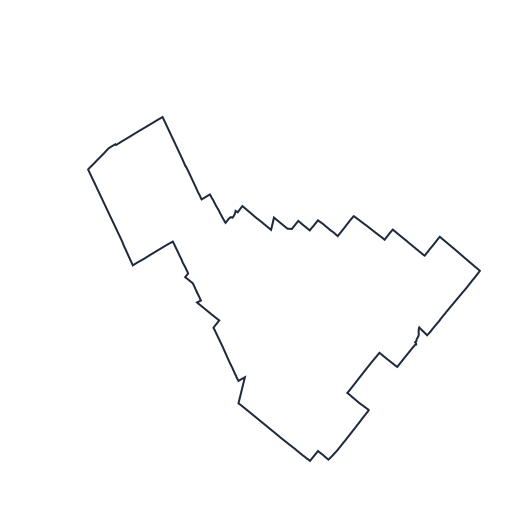 outline of Motatei, Dolj, Romania, rotated 128°
{"feature_id": "2599482B85441344014626", "entity_name": "Motatei", "entity_type": "district", "adm_level": 2, "iso_a3": "ROU", "parent_name": "Romania", "parent_adm1": "Dolj", "projection": "equal_earth", "projection_center": [23.194, 44.054], "detail": "fine", "context": "isolated", "style": "outline", "palette": "slate", "viewbox_px": 512, "rotation_deg": 128, "n_neighbors": 0, "source": "geoboundaries", "source_scale": "gbopen_adm2", "svg_char_len": 5907}
<svg xmlns="http://www.w3.org/2000/svg" viewBox="0 0 512 512"><g transform="rotate(128 256 256)"><path d="M291.1,441.6L291.5,441.0L294.0,435.9L295.9,432.3L297.5,428.9L299.1,425.8L313.2,397.8L317.0,390.2L327.3,369.7L328.9,367.2L329.2,366.4L330.0,365.1L330.9,363.2L334.4,356.6L338.0,349.6L339.2,347.3L334.5,345.6L332.1,344.6L329.5,343.5L326.3,342.2L323.2,341.1L319.6,339.8L315.0,338.0L313.1,337.3L302.4,333.2L300.5,332.4L295.8,330.4L295.9,330.0L296.3,329.4L296.7,328.6L296.8,328.3L298.8,324.3L299.1,323.8L299.9,322.0L300.0,321.9L300.4,321.1L300.5,321.0L300.7,320.4L301.0,319.9L302.0,317.9L302.6,316.7L303.0,316.0L303.4,315.1L303.5,314.9L303.6,314.7L304.6,312.6L304.7,312.3L305.0,311.8L305.6,311.0L306.0,310.2L306.4,309.5L307.5,306.9L307.9,306.0L308.5,304.7L308.9,303.8L309.5,302.7L310.1,301.5L310.7,300.2L311.2,299.4L311.3,299.3L311.4,299.0L311.6,298.7L316.3,298.8L316.3,297.3L316.3,296.2L316.3,295.2L316.3,294.6L316.4,290.9L316.4,289.0L318.3,285.2L318.6,284.5L318.8,284.3L319.7,282.6L320.1,281.7L320.4,281.5L320.4,281.3L320.7,280.5L321.0,279.8L321.3,279.7L321.3,279.4L322.1,277.8L323.1,275.7L324.3,273.5L324.6,272.9L324.8,272.4L325.0,272.0L325.4,272.2L326.0,272.4L326.5,272.7L327.9,273.4L328.9,273.9L329.0,272.5L329.1,266.3L329.4,253.8L329.4,247.7L329.4,245.3L336.4,245.4L338.8,245.3L339.6,243.4L348.4,225.7L350.3,222.2L354.5,214.3L356.7,210.1L357.0,209.5L357.0,209.3L357.0,209.1L357.3,208.7L357.7,208.0L358.7,205.8L359.1,205.0L359.5,204.4L360.8,201.8L361.4,200.7L361.6,200.3L361.8,199.9L362.1,199.5L362.1,199.3L362.4,198.6L362.8,197.9L363.3,197.1L363.7,196.3L363.9,195.8L364.5,194.6L365.2,192.9L361.7,191.5L358.4,190.1L382.9,179.1L382.9,178.1L382.8,176.0L383.2,156.1L383.9,125.6L384.0,124.6L384.0,122.9L384.0,121.9L384.0,119.1L384.0,118.4L384.0,115.5L384.1,114.9L384.0,111.1L384.1,109.8L384.0,107.4L384.0,106.5L384.1,104.7L384.2,102.4L384.2,102.0L384.2,101.3L384.2,100.7L384.3,99.8L384.2,99.2L384.3,98.1L384.3,97.2L384.3,96.7L384.3,96.0L384.3,95.0L384.2,94.8L384.2,93.9L384.3,92.9L384.2,92.5L384.3,91.7L384.3,91.2L384.3,90.8L384.2,90.5L384.2,87.3L371.5,87.1L371.6,86.1L371.5,81.0L371.8,76.6L371.9,73.6L368.5,73.1L366.9,72.9L364.9,72.7L364.3,72.8L362.1,72.5L360.8,72.4L360.1,72.3L358.8,72.3L353.0,72.2L348.3,72.2L346.9,72.1L345.0,72.1L343.7,72.1L340.3,72.1L336.6,72.1L335.3,72.1L332.5,72.1L331.2,72.1L328.0,72.1L327.3,72.1L326.6,72.2L326.3,72.1L325.8,72.1L321.5,72.1L319.9,72.2L318.6,72.2L318.0,72.2L312.8,72.2L309.8,72.1L309.7,72.2L308.3,72.2L308.0,72.3L307.9,72.5L308.3,84.8L308.1,87.4L308.0,91.5L307.7,96.9L307.7,99.7L303.8,99.6L298.2,99.6L294.6,99.5L294.4,99.6L293.4,99.6L282.8,99.6L279.2,99.6L269.2,99.5L256.3,99.1L256.5,88.4L256.5,83.2L256.5,78.7L256.5,76.7L256.4,76.5L256.4,76.4L243.6,76.3L231.0,76.1L227.9,75.9L227.5,75.7L227.2,75.3L226.4,76.0L226.0,77.5L224.4,77.2L223.2,77.9L222.4,78.2L220.2,78.5L218.9,78.8L217.9,79.2L216.6,80.4L213.8,82.5L212.2,83.3L211.8,83.4L212.5,78.1L212.4,78.1L212.8,74.8L213.1,72.4L212.5,72.4L212.2,72.3L210.8,72.1L210.3,72.1L209.7,72.1L208.4,72.1L208.2,71.9L208.0,72.0L207.6,72.0L206.8,72.0L206.5,71.9L206.2,72.0L205.1,72.0L204.4,72.0L202.0,71.9L201.6,71.9L199.6,71.8L198.8,71.8L197.5,71.8L197.1,71.8L196.8,71.7L195.7,71.7L193.9,71.6L193.4,71.6L193.1,71.6L192.6,71.8L192.2,71.8L191.6,71.7L190.6,71.7L190.0,71.7L187.0,71.7L186.3,71.6L184.3,71.6L182.7,71.6L180.9,71.5L180.3,71.5L179.5,71.5L176.8,71.4L175.6,71.4L171.4,71.2L167.5,71.1L164.2,71.0L158.0,70.8L154.4,70.6L150.4,70.5L141.1,70.5L140.0,70.4L139.1,70.4L138.7,70.4L137.9,70.4L137.5,70.4L136.8,70.4L134.3,70.4L134.1,70.4L133.7,70.4L133.1,70.4L131.2,70.4L130.7,70.4L130.0,70.4L129.8,70.5L129.7,73.1L129.6,76.0L129.6,77.3L129.5,78.5L129.4,81.3L129.1,88.1L128.8,94.7L128.6,98.3L128.4,103.2L128.3,104.1L128.3,105.7L128.2,109.3L128.1,111.6L127.8,121.2L127.7,122.3L127.7,123.0L130.4,123.1L139.6,123.1L140.8,123.2L144.2,123.3L146.8,123.2L148.4,123.3L151.9,123.3L152.0,124.4L152.0,125.1L151.9,129.1L151.9,130.7L151.8,132.2L151.8,132.6L151.8,134.5L151.7,135.6L151.7,137.0L151.7,138.1L151.6,140.1L151.6,140.9L151.6,141.6L151.5,145.0L151.4,146.1L151.3,147.7L151.4,148.4L151.4,149.1L151.3,151.5L151.3,153.4L151.2,156.6L151.2,158.0L151.1,160.3L151.0,164.5L156.7,164.7L164.0,164.7L163.9,167.3L164.0,174.2L164.0,177.5L164.0,180.6L164.0,183.6L164.0,188.2L164.1,190.3L164.2,195.9L164.2,197.8L164.4,203.5L164.6,203.6L165.2,203.6L168.1,203.7L170.5,203.8L171.3,203.7L175.9,203.8L177.4,203.7L178.8,203.7L187.1,203.8L190.0,203.8L189.9,206.2L189.7,208.6L189.7,210.7L189.8,211.6L189.9,212.9L189.8,214.8L189.7,215.9L189.7,216.8L189.7,218.0L189.6,220.6L189.5,222.5L189.5,223.8L189.7,227.0L189.7,229.1L192.8,229.2L196.4,229.2L200.4,229.4L202.7,229.4L202.7,231.4L202.6,234.1L202.6,237.4L202.5,239.7L202.3,244.3L211.0,244.4L212.6,244.4L215.1,248.0L214.7,265.5L220.6,262.7L222.4,261.9L226.1,260.2L226.1,260.9L226.1,262.3L226.0,265.8L225.9,268.5L225.9,269.2L225.8,271.4L225.8,279.3L225.2,292.8L225.1,296.0L225.1,297.5L232.8,297.3L233.0,299.8L233.5,299.5L235.0,298.9L236.8,298.4L237.9,298.2L239.1,298.1L239.8,298.0L240.2,298.1L240.2,298.6L240.3,298.9L240.6,299.1L241.0,299.3L241.1,299.9L241.5,300.0L242.2,300.2L243.1,300.4L245.4,300.4L246.3,300.4L248.6,300.4L248.2,301.6L246.5,305.8L244.4,310.5L243.6,312.2L242.7,314.1L242.4,314.8L242.1,315.7L241.7,316.6L240.9,318.8L240.2,320.1L239.6,321.5L239.0,322.8L238.7,323.4L238.3,324.1L238.0,325.1L237.6,326.2L237.2,327.3L236.7,328.1L236.4,328.9L235.9,330.2L237.4,330.8L244.9,333.7L244.4,334.9L243.0,337.4L241.5,340.9L239.8,344.0L230.9,361.5L228.7,366.1L228.6,366.4L228.8,366.5L228.7,366.9L225.5,372.7L220.6,382.3L209.8,403.7L204.0,415.2L210.3,417.7L212.5,418.5L217.6,420.5L231.0,425.7L236.6,427.8L245.8,431.3L249.1,432.6L251.2,433.3L252.4,433.8L253.7,434.2L254.4,434.5L254.7,434.7L254.9,435.1L255.0,435.7L254.9,435.8L257.7,436.9L261.1,438.2L262.0,438.4L264.3,438.7L265.6,438.8L268.5,439.0L278.4,440.2L281.8,440.5L284.9,440.9L290.7,441.6L291.1,441.6Z" fill="none" stroke="#1e293b" stroke-width="2"/></g></svg>